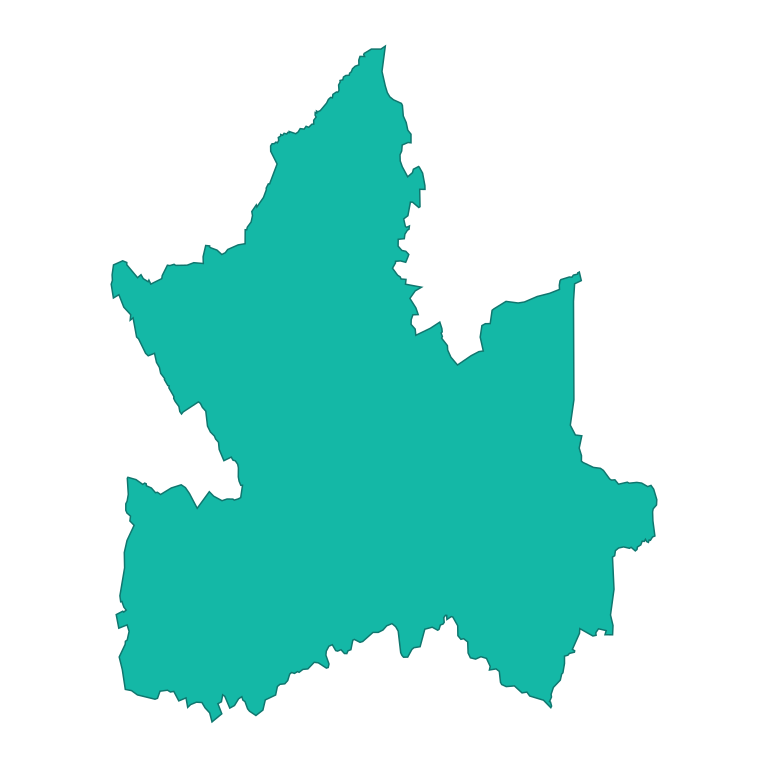 outline of Makarfi, Kaduna, Nigeria
{"feature_id": "59680162B77220990792423", "entity_name": "Makarfi", "entity_type": "district", "adm_level": 2, "iso_a3": "NGA", "parent_name": "Nigeria", "parent_adm1": "Kaduna", "projection": "equal_earth", "projection_center": [7.915, 11.329], "detail": "fine", "context": "isolated", "style": "filled", "palette": "teal", "viewbox_px": 768, "rotation_deg": 0, "n_neighbors": 0, "source": "geoboundaries", "source_scale": "gbopen_adm2", "svg_char_len": 6100}
<svg xmlns="http://www.w3.org/2000/svg" viewBox="0 0 768 768"><path d="M173.8,691.4L178.8,700.9L186.0,697.9L187.7,707.4L190.6,704.6L196.4,702.2L201.9,702.5L205.1,707.9L209.7,712.9L212.0,721.9L221.8,713.8L217.9,703.7L221.4,701.8L222.7,694.8L224.8,696.3L229.8,708.1L234.5,705.5L238.6,698.8L241.8,696.7L242.9,700.1L245.0,701.6L247.6,708.8L249.5,711.2L255.9,715.5L262.9,710.1L265.3,699.9L275.6,695.0L277.4,686.5L280.0,684.3L284.8,683.8L287.7,680.6L289.7,674.1L291.6,672.5L294.5,673.4L297.5,671.6L299.1,672.3L302.9,669.4L307.9,668.9L314.2,662.3L318.3,662.8L326.4,668.1L328.2,667.5L329.0,664.0L325.9,655.2L326.3,651.1L328.9,646.2L332.3,644.7L335.7,650.6L337.6,651.1L341.0,649.7L344.4,653.5L346.8,653.6L348.0,650.8L350.9,649.7L352.8,640.2L354.3,639.4L360.0,642.3L362.7,641.5L373.0,632.4L378.2,632.4L383.0,630.0L386.7,625.8L392.0,623.6L395.7,626.7L398.2,631.1L400.7,652.7L401.9,655.3L403.5,657.2L407.7,657.1L411.9,649.4L413.9,647.7L420.1,646.7L424.8,629.2L432.2,627.2L437.7,630.2L439.0,629.4L440.4,625.0L443.1,624.0L444.2,622.3L443.8,617.6L445.5,615.3L446.7,615.4L446.9,619.5L451.2,616.6L452.8,617.0L457.7,625.7L457.9,635.7L460.9,639.3L463.7,638.7L467.7,641.9L468.1,653.0L470.4,657.8L475.6,659.1L480.9,656.7L486.5,658.4L490.2,666.4L489.4,670.0L496.1,668.9L499.3,671.4L500.5,682.3L501.7,684.5L506.2,686.6L514.4,685.9L522.0,692.9L526.9,692.1L529.7,696.0L543.5,700.2L550.8,707.7L551.6,706.1L550.5,702.0L549.5,701.6L551.5,697.0L551.1,694.3L553.4,687.4L560.3,680.1L561.7,674.0L562.9,672.8L564.5,663.5L564.5,656.1L567.9,655.2L569.4,653.4L574.4,652.2L574.7,650.8L572.4,649.3L579.5,633.3L579.8,628.6L592.9,636.0L596.1,635.3L595.8,632.7L598.5,628.8L606.2,630.6L605.0,634.7L612.6,634.8L613.0,625.5L610.5,615.0L614.0,589.3L612.5,557.1L614.7,555.7L615.4,550.7L618.6,548.0L623.6,546.9L629.5,548.3L631.1,547.3L635.3,550.9L637.0,549.5L637.4,547.0L640.8,544.9L642.2,541.2L644.3,541.4L645.4,539.3L646.7,541.6L648.4,542.4L649.2,540.0L650.4,540.3L652.5,537.0L654.9,536.0L652.9,520.8L652.6,511.8L653.2,508.8L656.5,505.0L656.8,499.7L653.7,489.2L651.0,485.4L647.7,486.6L641.7,483.1L636.8,482.4L629.2,483.2L627.3,482.2L618.5,484.2L614.9,479.8L611.5,480.1L609.7,479.0L603.4,470.4L600.4,468.3L593.4,467.4L582.9,462.4L581.4,461.1L581.5,455.7L579.2,448.1L581.8,435.8L575.4,435.0L570.3,425.2L573.9,399.9L573.5,301.2L574.6,283.8L581.3,280.6L579.3,272.0L577.7,272.9L577.6,274.1L573.4,275.1L571.9,277.2L569.3,277.0L560.9,279.6L560.0,280.9L559.3,285.2L559.5,289.4L549.7,293.3L537.2,296.5L524.4,302.0L518.2,303.0L506.0,301.4L494.0,308.8L492.1,310.3L490.2,323.6L485.3,323.7L481.9,325.6L480.2,337.1L483.3,351.0L478.9,351.6L471.1,355.7L457.5,365.0L450.9,357.2L447.7,350.1L447.4,345.6L441.6,338.1L442.4,336.6L441.1,333.0L442.2,331.9L441.9,328.6L439.8,322.1L430.3,328.3L415.8,335.3L415.2,329.1L411.1,324.4L411.2,319.7L412.9,314.8L418.2,314.6L415.9,307.9L409.9,298.4L415.2,290.9L421.5,287.2L405.5,284.2L406.0,279.4L401.1,279.0L400.2,276.9L397.6,275.2L392.5,268.2L395.5,262.9L395.5,261.3L400.5,260.9L405.7,262.3L407.5,258.0L408.8,254.5L405.8,251.3L401.8,250.4L398.1,246.1L398.2,239.3L404.3,238.7L404.9,234.2L407.4,230.2L409.0,229.3L409.4,226.0L406.5,227.4L405.3,226.2L403.7,218.9L407.9,215.7L410.4,202.1L412.6,202.2L418.8,207.5L420.0,206.7L419.7,189.3L425.0,189.4L424.9,185.6L422.6,173.1L419.3,167.2L418.6,166.5L413.4,169.2L412.5,172.6L407.7,176.8L402.3,166.8L400.2,160.9L400.0,154.8L401.7,151.0L402.2,145.0L408.0,142.5L411.0,142.8L411.0,134.2L407.8,130.2L406.2,122.5L403.3,116.0L402.4,105.4L401.4,103.4L393.5,99.8L389.8,96.8L387.3,92.6L385.3,86.0L382.0,71.4L385.3,46.1L380.9,49.1L371.3,49.1L364.2,53.4L363.7,54.6L364.6,56.5L360.0,56.4L358.8,60.1L358.9,64.9L355.2,66.2L352.5,68.7L351.3,71.8L349.6,73.2L349.3,75.2L345.8,75.5L343.5,77.0L342.8,79.8L340.0,80.5L340.2,82.0L338.6,85.0L339.0,90.5L337.7,92.3L336.4,92.0L332.9,94.4L332.4,97.8L330.6,97.4L328.4,99.4L326.6,103.1L320.3,110.6L317.8,111.8L316.5,111.0L316.6,113.1L315.2,112.5L315.1,115.2L316.1,117.1L313.7,120.2L313.7,124.1L311.9,124.2L308.7,127.3L306.1,126.3L304.1,129.1L300.2,128.6L298.1,132.0L295.7,133.7L289.2,131.5L289.3,132.6L287.9,132.4L286.7,134.0L284.1,133.3L282.6,135.3L280.7,134.5L280.6,136.1L278.3,137.5L278.7,140.4L277.4,142.8L275.9,142.1L274.4,143.6L272.0,143.8L270.6,146.0L270.7,151.3L277.1,164.0L269.6,183.9L268.3,183.9L266.2,188.1L266.3,189.8L263.5,197.4L256.9,207.0L256.3,204.9L251.8,211.5L252.5,215.6L251.1,222.0L247.3,227.2L246.7,229.8L245.2,229.7L245.1,243.7L238.1,244.9L227.7,249.5L225.3,252.7L221.8,254.5L217.0,250.1L210.8,247.8L209.5,246.9L209.6,245.9L205.7,245.5L203.1,256.7L203.3,263.5L193.8,262.7L187.1,265.2L175.7,265.4L174.1,264.3L169.9,265.6L167.4,265.2L162.2,275.6L161.8,278.6L150.8,284.1L148.9,280.1L148.1,281.7L143.3,278.7L141.0,274.7L137.6,277.7L126.8,264.8L126.8,262.5L122.7,260.8L113.5,264.9L112.1,274.9L112.4,280.4L111.2,284.2L113.4,298.0L118.9,294.7L123.8,307.2L130.7,314.7L130.2,320.2L133.1,317.9L136.6,337.0L138.6,338.9L145.6,353.3L148.2,355.8L154.5,353.3L156.5,362.4L159.4,367.4L160.7,373.4L164.6,378.5L164.4,379.6L167.8,385.5L169.1,385.9L168.9,387.9L173.9,396.6L173.7,398.4L175.1,401.3L178.9,406.5L179.8,411.5L181.5,414.0L183.2,411.9L198.4,401.9L200.4,403.4L202.4,407.4L205.8,411.2L207.5,426.1L210.4,432.0L214.4,436.0L215.6,439.0L218.5,442.3L219.2,449.5L223.9,460.7L231.2,457.1L233.0,460.2L235.3,460.8L237.7,464.3L238.4,467.8L238.3,476.9L239.1,481.2L240.8,485.3L242.5,485.3L240.7,497.6L238.2,498.9L234.3,500.1L232.9,499.1L227.1,499.0L222.0,500.7L213.7,496.2L209.3,491.7L197.2,508.3L189.5,493.6L185.4,487.6L181.2,484.8L171.2,488.0L160.6,494.5L157.4,492.3L155.5,492.7L151.4,488.0L146.4,485.8L146.2,483.8L144.7,483.1L142.8,484.4L136.0,479.6L127.9,477.3L127.3,478.3L128.3,494.4L127.1,501.2L125.8,503.8L125.8,510.3L127.0,513.1L130.5,516.1L129.9,521.0L134.1,525.3L127.0,540.5L124.3,552.5L124.6,567.8L119.9,595.8L120.7,601.8L121.9,601.5L123.9,607.2L126.2,610.1L123.7,612.1L122.8,611.2L116.2,614.6L118.8,628.2L127.1,624.9L129.1,631.4L127.2,640.0L125.4,641.3L125.2,644.3L119.2,657.0L122.3,669.6L125.3,689.4L131.5,690.6L137.4,694.9L155.0,699.2L157.5,698.3L160.0,691.2L167.5,690.2L170.4,692.0L173.8,691.4Z" fill="#14b8a6" stroke="#0f766e" stroke-width="1.5"/></svg>